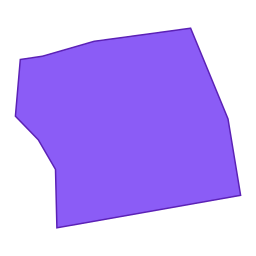 SVG path tracing the border of Al Farwaniyah
{"feature_id": "KWT-1664", "entity_name": "Al Farwaniyah", "entity_type": "Province", "adm_level": 1, "iso_a3": "KWT", "parent_name": "Kuwait", "parent_adm1": "", "projection": "robinson", "projection_center": [47.917, 29.258], "detail": "fine", "context": "isolated", "style": "filled", "palette": "violet", "viewbox_px": 256, "rotation_deg": 0, "n_neighbors": 0, "source": "natural_earth", "source_scale": "10m", "svg_char_len": 262}
<svg xmlns="http://www.w3.org/2000/svg" viewBox="0 0 256 256"><path d="M42.5,56.2L94.1,41.3L190.6,28.2L210.4,76.2L228.0,118.9L240.6,195.3L56.9,227.8L55.5,169.4L38.3,139.8L15.4,116.2L20.3,59.5L42.5,56.2Z" fill="#8b5cf6" stroke="#5b21b6" stroke-width="1.5"/></svg>